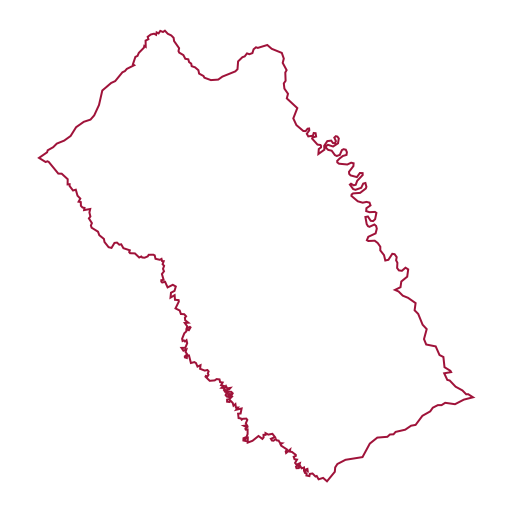 the district of Yopal, Casanare, Colombia
{"feature_id": "7082276B99207474078135", "entity_name": "Yopal", "entity_type": "district", "adm_level": 2, "iso_a3": "COL", "parent_name": "Colombia", "parent_adm1": "Casanare", "projection": "orthographic", "projection_center": [-72.279, 5.237], "detail": "fine", "context": "isolated", "style": "outline", "palette": "rose", "viewbox_px": 512, "rotation_deg": 0, "n_neighbors": 0, "source": "geoboundaries", "source_scale": "gbopen_adm2", "svg_char_len": 6017}
<svg xmlns="http://www.w3.org/2000/svg" viewBox="0 0 512 512"><path d="M39.0,157.9L45.6,162.0L47.5,161.3L48.8,162.0L58.3,173.6L61.7,173.7L67.7,179.2L67.6,184.4L69.6,184.2L69.6,186.0L73.0,190.5L75.8,189.7L77.5,195.7L80.3,198.6L78.6,201.7L80.8,202.1L80.9,205.8L82.5,207.5L84.5,207.9L84.1,210.1L90.2,209.0L89.4,212.5L90.4,216.5L88.9,218.4L91.9,223.1L90.9,225.5L91.6,227.7L98.0,231.7L99.3,235.2L103.9,238.9L104.5,242.0L108.6,247.2L111.5,247.9L114.5,242.9L117.0,242.6L119.3,244.7L121.2,244.3L123.4,248.2L129.8,250.3L129.2,252.1L130.1,253.2L134.9,253.4L139.2,257.5L141.3,256.5L142.2,257.5L144.6,257.7L147.7,256.4L148.7,254.8L153.3,254.7L154.7,255.4L155.5,258.8L159.9,259.8L161.5,258.9L162.1,261.1L163.7,261.2L162.6,264.2L164.1,265.8L163.0,268.9L164.0,271.3L161.9,274.0L163.6,279.8L161.3,280.2L161.3,281.6L162.2,282.5L165.1,281.8L167.6,287.4L172.8,284.8L175.8,286.5L174.5,290.9L171.0,292.7L170.5,297.6L174.6,295.2L175.0,299.8L178.6,300.1L178.8,301.6L175.5,308.4L179.7,310.5L180.9,314.0L184.2,314.2L186.1,316.3L184.9,317.7L185.2,320.3L188.3,322.7L184.8,323.0L187.2,326.3L186.7,328.4L189.9,326.9L190.5,327.4L188.9,330.2L186.4,329.5L186.3,331.4L184.3,333.3L182.1,338.8L182.6,341.0L183.9,340.4L185.0,341.5L186.5,340.2L187.2,343.2L185.3,347.8L181.5,347.9L183.4,350.7L186.4,349.4L185.6,352.0L187.2,354.3L184.8,356.4L184.9,357.4L186.8,358.0L187.0,355.8L189.0,355.5L190.9,363.0L194.4,362.1L196.0,363.1L197.5,366.6L200.5,365.2L200.1,368.8L204.8,370.6L207.4,370.0L208.6,371.4L207.8,373.4L208.5,374.8L207.4,376.5L205.9,375.9L205.5,376.7L209.7,380.8L214.7,380.4L216.6,379.1L219.5,379.4L220.1,382.1L222.6,382.5L221.1,385.2L223.7,385.9L221.6,387.8L224.8,388.0L226.0,386.1L227.2,388.4L230.4,387.9L229.1,389.4L225.8,390.4L224.4,389.3L223.9,390.0L225.2,391.9L231.2,391.8L232.7,393.3L232.1,394.3L229.7,394.0L228.3,395.2L227.7,392.7L226.4,393.4L225.6,395.1L226.8,396.6L229.8,397.2L230.4,395.1L232.1,396.5L229.4,399.1L227.1,399.6L227.1,401.7L229.5,402.0L230.1,400.3L232.7,402.9L233.5,405.7L235.4,404.1L235.9,407.5L238.0,407.5L236.3,409.7L241.6,408.5L240.6,413.5L238.1,413.7L238.6,418.1L240.8,418.4L241.7,419.7L242.8,418.8L246.3,418.6L247.3,419.9L245.8,423.3L247.0,425.4L243.9,425.8L246.0,426.9L248.1,426.3L245.4,428.9L245.9,429.7L247.6,429.5L247.6,434.1L246.5,437.0L243.5,438.2L243.4,440.5L245.7,441.0L245.1,438.7L247.8,437.7L247.7,442.6L252.5,440.8L258.5,436.0L262.4,438.9L263.6,437.4L263.5,434.9L265.5,434.9L265.5,433.1L268.3,434.6L272.4,433.8L275.0,437.1L270.9,438.8L271.9,440.5L273.5,440.7L275.8,439.1L277.0,440.5L278.6,440.6L280.1,443.1L282.0,443.3L280.5,444.3L281.2,445.7L287.0,449.5L285.7,451.5L286.1,453.0L290.1,449.6L289.7,451.6L291.9,451.9L295.8,454.9L295.8,455.9L293.7,456.8L294.5,459.2L297.0,459.6L295.1,462.9L296.5,464.7L299.9,463.2L299.1,466.4L297.4,465.6L296.0,466.7L296.5,468.2L298.8,468.1L300.2,466.0L301.6,468.3L304.0,467.5L304.0,470.1L307.4,468.9L307.7,471.1L306.4,470.4L304.5,471.8L304.9,472.9L306.6,473.3L306.4,475.5L309.4,476.1L309.8,473.9L312.5,473.5L315.5,476.5L316.7,476.0L318.6,479.3L323.1,477.9L327.0,481.3L334.8,471.8L335.2,467.4L337.4,464.0L345.5,459.8L362.5,457.1L369.8,443.6L377.3,437.6L387.4,436.8L389.9,434.5L393.5,434.3L395.6,431.9L405.2,429.7L411.1,425.7L415.6,424.9L422.4,415.8L430.2,411.4L432.8,407.7L437.9,405.1L441.6,405.1L445.2,402.8L455.0,404.2L463.9,399.6L473.0,397.3L468.2,394.2L466.2,394.3L462.4,390.4L455.6,386.7L449.7,380.5L447.3,379.9L444.2,373.3L451.1,372.1L450.4,370.8L444.5,367.2L443.4,357.0L439.5,355.0L435.7,346.4L426.2,344.5L424.0,339.1L426.7,329.1L422.6,324.7L418.2,313.9L414.6,310.3L415.6,303.1L408.0,297.8L402.8,295.7L398.6,291.5L395.0,289.9L400.5,287.2L401.3,281.5L407.2,276.7L408.2,269.4L405.5,267.7L401.9,270.8L398.9,270.4L397.1,268.0L397.4,262.8L396.1,260.3L396.7,257.1L394.6,254.2L392.3,253.8L388.4,259.8L385.3,260.5L384.0,255.1L380.3,250.4L380.3,246.7L377.7,243.0L374.7,240.7L368.3,241.0L366.9,240.2L368.3,236.8L375.6,233.4L376.8,228.7L376.1,226.0L374.4,224.5L369.5,226.8L368.0,226.2L366.7,224.1L365.4,217.0L367.9,216.5L370.7,220.8L373.1,221.1L375.1,219.2L376.4,212.9L374.9,211.9L369.5,212.2L366.2,211.1L366.4,208.2L370.5,205.4L369.5,202.6L366.5,201.9L362.7,202.7L357.8,201.3L351.4,195.9L351.6,194.5L353.1,193.4L360.1,192.9L365.8,188.5L366.4,186.8L365.4,183.0L363.2,183.6L361.2,187.8L355.5,189.8L353.2,189.1L349.9,184.6L351.0,183.7L353.6,185.3L355.7,184.8L357.2,180.8L362.7,175.0L362.6,173.1L359.9,173.0L356.9,177.1L350.6,175.4L349.2,173.9L349.0,171.8L353.4,166.1L353.6,163.3L351.2,162.7L347.3,164.5L339.0,163.7L337.3,162.4L337.2,160.9L339.6,158.5L342.8,156.0L346.5,154.9L346.9,152.2L345.8,149.7L343.6,149.2L341.9,150.1L339.8,154.9L336.8,156.0L334.9,155.1L331.7,150.7L328.2,149.9L326.0,147.8L326.2,146.0L327.9,144.8L333.1,146.5L338.0,143.3L338.8,138.5L337.4,136.6L335.8,136.2L334.3,137.6L335.9,141.1L335.0,143.2L333.0,143.1L331.2,140.6L327.3,141.1L324.2,145.8L324.4,149.7L318.4,154.0L318.8,149.0L321.0,147.4L321.1,146.0L320.5,145.0L317.5,144.6L312.1,138.6L312.5,137.5L316.1,136.5L315.6,133.2L313.7,133.0L312.9,135.7L308.3,136.4L306.8,133.8L309.3,130.3L309.1,128.5L307.6,128.7L305.6,131.1L303.3,131.0L296.4,125.1L293.3,118.4L297.3,108.1L286.8,98.4L288.0,93.8L284.4,88.6L283.8,83.4L285.6,80.8L285.3,72.5L286.6,70.1L282.7,62.9L283.8,58.6L281.8,52.9L271.7,48.8L267.3,45.0L257.8,47.9L256.0,47.3L253.6,49.3L252.4,53.1L249.4,54.2L247.0,53.4L244.7,56.4L242.4,57.2L238.1,61.4L237.5,69.2L235.3,71.4L222.4,76.6L218.2,79.6L210.9,80.1L204.4,77.7L203.5,76.0L199.1,73.6L198.4,70.2L195.0,67.3L191.7,66.2L191.2,63.6L189.1,62.1L188.3,59.3L185.3,58.8L183.4,55.1L179.2,52.6L178.5,51.1L179.1,48.2L174.1,41.1L173.6,37.8L171.2,35.4L167.8,33.8L164.9,30.7L163.0,32.0L160.3,30.9L158.6,33.4L156.6,32.4L156.1,34.8L154.1,33.7L150.8,34.5L147.7,36.8L148.4,39.2L145.6,40.6L145.7,46.8L144.3,45.9L143.9,47.7L138.8,52.9L137.5,55.9L135.4,56.9L132.9,64.3L134.2,65.2L126.8,68.9L124.9,71.1L122.4,72.3L115.2,81.1L111.1,83.0L102.3,90.5L99.0,105.0L94.2,115.4L90.5,119.6L83.8,121.8L76.1,127.2L70.6,136.0L64.2,140.6L56.8,143.6L53.2,147.2L47.7,150.3L47.1,152.3L39.0,157.9Z" fill="none" stroke="#9f1239" stroke-width="2"/></svg>